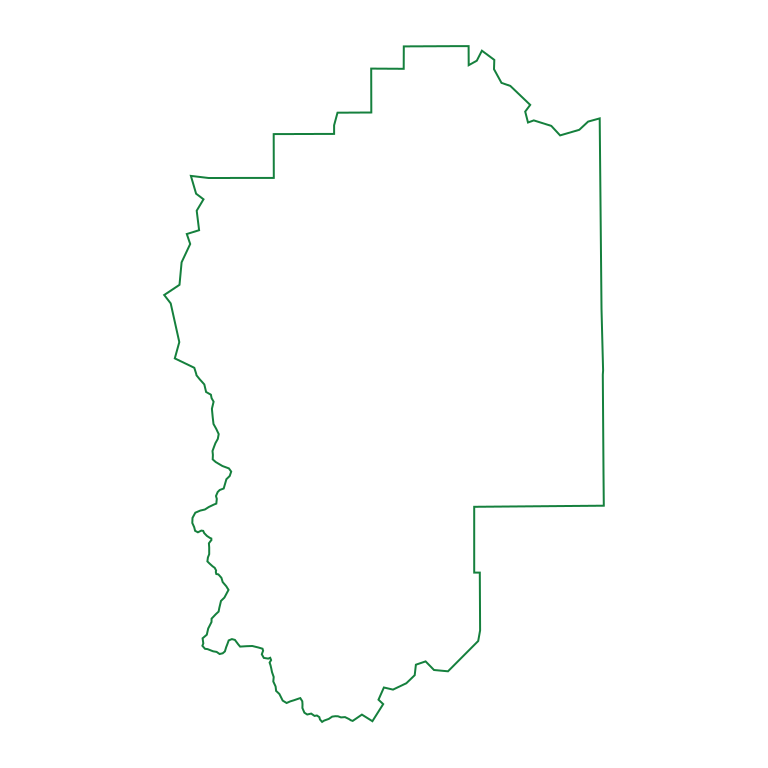 Granite, Montana, United States of America (Albers equal-area conic projection)
{"feature_id": "52423323B51544085831783", "entity_name": "Granite", "entity_type": "district", "adm_level": 2, "iso_a3": "USA", "parent_name": "United States of America", "parent_adm1": "Montana", "projection": "albers", "projection_center": [-113.634, 46.386], "detail": "fine", "context": "isolated", "style": "outline", "palette": "green", "viewbox_px": 768, "rotation_deg": 0, "n_neighbors": 0, "source": "geoboundaries", "source_scale": "gbopen_adm2", "svg_char_len": 2563}
<svg xmlns="http://www.w3.org/2000/svg" viewBox="0 0 768 768"><path d="M352.7,720.9L361.9,714.6L372.4,721.2L383.2,704.1L378.5,699.7L383.9,687.5L393.0,689.6L406.4,683.2L414.7,675.2L415.9,664.7L425.6,661.4L434.0,670.0L448.0,671.3L478.2,641.0L480.1,630.4L479.8,572.6L474.2,572.6L474.2,506.8L603.8,505.7L603.5,472.8L602.8,374.6L603.1,370.6L601.5,308.7L599.7,118.4L588.1,121.6L579.3,129.8L560.1,135.4L551.3,125.9L533.8,120.4L528.0,122.5L525.2,111.6L530.2,104.9L510.3,85.9L501.5,82.9L494.0,69.2L494.3,59.9L481.9,50.7L476.8,60.7L468.7,65.2L468.6,46.1L462.7,46.1L403.8,46.4L403.7,68.8L371.2,68.6L371.3,112.5L337.5,112.7L334.1,125.3L334.1,133.9L273.7,134.1L273.8,177.9L208.6,178.0L190.9,175.9L196.1,193.7L203.5,199.3L196.7,210.7L199.1,230.2L186.8,234.0L190.2,244.0L181.6,262.3L179.5,284.8L164.2,295.0L170.7,303.4L179.3,342.1L174.8,358.4L194.3,367.8L196.2,373.8L196.5,375.3L199.8,379.4L204.3,384.4L206.1,392.0L210.9,394.7L211.6,398.2L213.6,401.7L211.9,408.8L212.7,417.2L213.5,424.0L216.2,428.8L218.7,434.1L217.8,438.9L215.4,443.2L214.0,446.9L212.5,451.0L212.9,454.9L212.7,459.4L215.8,462.1L222.4,466.0L228.9,468.4L231.2,471.6L229.7,476.0L226.4,479.2L223.7,488.5L219.7,490.0L217.7,492.0L216.0,496.0L216.8,498.9L216.3,503.6L213.8,504.6L208.8,507.0L204.9,509.5L200.2,510.6L195.3,512.7L192.5,517.9L192.3,523.0L194.2,527.2L195.1,530.8L197.9,532.3L201.3,530.6L203.2,530.9L204.2,533.1L206.9,535.9L209.9,537.9L211.3,538.5L211.4,540.1L210.3,541.4L208.9,543.3L209.2,547.4L209.2,550.5L209.2,554.2L207.9,557.5L207.4,561.4L209.4,563.4L212.6,566.3L214.7,567.8L216.1,570.5L215.8,572.0L216.3,574.0L218.4,574.4L221.4,577.8L222.7,582.1L226.3,586.3L228.5,589.9L224.4,597.6L221.0,600.9L219.3,608.0L218.6,611.6L215.8,614.2L211.6,618.6L211.5,622.0L210.0,625.0L208.2,628.5L206.8,634.7L202.6,638.3L203.3,643.4L202.4,645.8L205.0,648.8L207.5,649.1L213.1,651.3L216.6,651.9L219.6,654.0L222.7,653.3L224.9,651.4L226.2,647.1L227.3,644.3L228.7,640.4L231.9,639.1L234.9,639.9L238.1,644.2L240.1,646.6L246.4,646.2L252.3,646.0L258.4,647.5L262.5,648.7L263.1,650.7L261.8,654.3L263.8,657.9L268.2,658.6L270.2,657.8L271.1,660.1L269.6,662.6L270.5,665.2L271.3,668.6L272.0,672.1L273.7,677.0L273.3,681.5L275.6,686.5L276.1,690.9L279.4,694.0L282.7,700.6L286.6,703.0L290.2,701.4L294.1,700.2L298.7,698.6L300.3,698.1L302.3,701.3L302.5,704.4L302.4,708.0L304.4,712.7L307.2,714.5L311.2,713.6L314.5,715.9L316.9,715.5L319.3,717.1L320.0,719.5L322.1,721.9L324.1,720.6L328.8,718.9L332.2,716.6L335.4,716.2L338.0,716.3L341.0,717.4L345.0,717.1L348.9,719.0L350.9,720.3L352.7,720.9Z" fill="none" stroke="#15803d" stroke-width="2"/></svg>